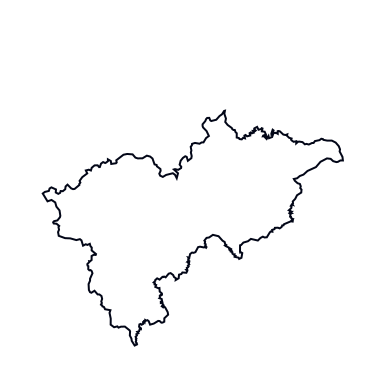 the district of Khao Kho, Phetchabun, Thailand, rotated 53°
{"feature_id": "78962969B71120844941830", "entity_name": "Khao Kho", "entity_type": "district", "adm_level": 2, "iso_a3": "THA", "parent_name": "Thailand", "parent_adm1": "Phetchabun", "projection": "mercator", "projection_center": [101.026, 16.687], "detail": "fine", "context": "isolated", "style": "outline", "palette": "ink", "viewbox_px": 384, "rotation_deg": 53, "n_neighbors": 0, "source": "geoboundaries", "source_scale": "gbopen_adm2", "svg_char_len": 6094}
<svg xmlns="http://www.w3.org/2000/svg" viewBox="0 0 384 384"><g transform="rotate(53 192 192)"><path d="M254.5,50.7L248.5,49.7L247.0,48.1L243.7,47.2L239.0,47.5L235.1,49.4L232.2,53.2L229.4,55.7L228.5,55.6L227.3,56.7L227.3,59.0L225.3,63.2L226.0,65.4L225.1,66.6L224.4,70.1L222.5,71.6L221.8,73.2L218.7,73.7L216.3,76.0L215.7,77.1L215.9,79.5L214.2,78.2L213.1,80.6L211.1,81.3L209.9,81.4L209.2,80.3L207.2,81.8L204.1,82.3L203.3,81.3L202.8,83.0L201.1,84.5L196.5,85.3L195.4,86.1L195.0,86.9L197.1,88.5L195.2,89.3L195.0,90.1L193.3,91.4L192.7,91.3L191.9,89.8L190.8,90.1L193.1,93.5L194.0,94.0L194.2,92.7L194.7,92.5L196.3,94.9L195.4,98.1L193.3,97.2L194.6,100.5L193.8,100.6L193.2,99.4L192.4,99.5L191.9,98.3L192.1,100.8L190.9,100.9L190.2,101.9L189.8,101.2L190.6,98.4L187.6,97.7L185.6,99.7L183.7,97.5L183.0,97.9L183.3,98.9L182.3,101.4L179.2,100.8L178.7,103.9L179.1,104.5L181.2,104.1L181.3,104.9L179.9,106.6L181.8,106.9L181.1,109.1L179.8,109.1L179.7,110.6L181.9,111.5L180.7,114.5L178.7,114.9L178.5,116.2L181.0,117.4L179.5,118.5L179.9,120.6L178.3,122.2L177.1,122.1L175.4,123.5L172.0,120.9L170.4,121.2L168.2,120.5L167.5,121.5L166.1,122.0L164.8,121.7L159.9,123.2L156.1,123.3L153.8,120.7L149.0,119.1L146.9,116.8L146.6,117.6L148.0,121.3L147.9,124.3L148.9,129.1L146.9,133.9L145.7,134.3L143.2,133.6L142.0,135.3L142.2,136.7L143.4,138.8L144.3,142.8L145.6,143.8L147.1,144.3L152.1,143.7L157.4,144.8L157.4,148.3L159.3,153.0L158.2,154.5L158.0,156.9L154.6,160.1L153.6,163.0L154.7,164.1L155.1,165.8L158.6,167.6L159.7,169.1L163.1,170.6L164.6,172.2L164.6,176.5L160.7,175.1L159.4,175.9L159.3,178.7L160.2,182.2L162.7,185.4L165.4,185.4L166.3,186.3L166.0,189.7L163.5,191.8L163.1,192.9L168.6,191.9L171.8,195.9L168.0,195.2L165.5,196.0L162.8,202.4L162.4,206.2L159.8,207.6L157.7,207.1L156.2,204.3L154.6,203.4L150.4,204.6L149.1,204.0L147.4,205.3L141.5,203.4L138.5,204.1L135.8,206.2L135.3,211.3L132.5,215.1L130.5,216.5L126.2,216.8L122.6,220.9L121.0,224.3L121.1,233.4L123.1,234.4L123.3,235.4L121.0,239.6L118.4,238.2L115.3,239.5L116.8,240.6L116.8,243.0L116.6,243.9L114.6,245.0L114.6,247.6L116.6,250.6L116.2,251.2L113.9,251.3L112.1,253.8L112.3,257.5L114.0,259.8L112.1,261.0L110.9,263.8L114.1,264.5L114.1,270.7L115.5,275.1L117.3,275.5L117.8,277.3L118.6,277.7L118.9,283.9L118.1,285.3L116.4,286.3L111.2,287.0L111.5,289.6L113.5,291.6L113.6,294.7L112.2,296.3L113.3,297.8L113.0,299.9L110.4,301.1L108.1,299.1L103.7,301.5L103.5,303.6L105.0,305.7L103.4,309.4L103.4,312.1L112.5,313.0L113.8,309.0L118.0,307.5L122.1,309.1L127.0,308.9L131.8,311.5L132.7,312.7L133.7,316.6L132.3,319.7L132.6,321.1L133.9,321.4L135.8,319.3L139.2,318.5L139.6,319.7L142.1,320.9L143.4,323.1L146.8,324.8L152.5,321.1L155.8,317.1L160.8,313.3L162.2,309.9L164.1,309.4L169.3,311.3L169.8,308.3L171.3,307.4L171.9,304.8L174.2,305.7L176.0,305.5L178.3,307.3L183.8,306.0L184.3,306.8L183.0,308.3L182.7,310.7L185.9,313.1L186.0,315.2L185.4,315.8L186.1,316.1L186.6,319.0L187.9,319.7L188.8,319.4L191.2,321.3L192.8,321.1L193.3,320.0L194.8,319.7L197.0,320.4L199.9,325.6L201.5,326.8L203.3,330.0L208.2,333.3L210.6,333.7L211.9,333.0L212.2,329.3L217.0,329.0L218.1,327.6L220.6,326.9L223.3,328.1L224.8,330.3L226.4,330.8L227.2,332.5L228.6,332.0L229.4,332.4L231.0,331.5L233.3,332.0L237.3,328.3L238.9,330.6L244.2,333.1L249.0,336.8L253.1,335.6L254.4,332.5L256.1,332.3L256.8,329.8L259.1,326.6L264.9,325.1L266.0,325.3L269.2,328.0L272.6,328.6L274.6,329.7L280.1,330.2L280.6,327.8L279.6,327.7L279.5,327.1L277.8,327.1L276.8,325.7L275.7,325.4L275.6,324.6L273.7,324.2L273.4,322.3L272.1,322.0L272.5,319.9L270.7,319.9L271.4,318.1L270.0,316.3L270.9,315.4L270.2,314.8L267.8,315.4L266.1,313.7L266.5,312.3L267.7,312.1L268.0,310.3L266.4,309.4L266.4,308.8L267.4,308.5L266.4,307.9L267.0,307.4L266.0,306.4L267.2,305.9L267.6,304.7L269.1,304.3L272.7,305.3L274.1,301.7L274.6,296.6L275.6,295.5L277.9,295.1L278.6,294.1L278.9,292.2L276.2,290.1L275.6,284.9L273.3,283.7L268.1,282.9L267.1,283.1L266.9,284.4L266.1,284.6L266.2,283.2L265.3,282.9L264.8,284.1L264.3,283.0L262.7,282.2L261.9,283.7L260.8,282.9L261.1,281.5L259.2,280.6L257.2,281.9L257.1,281.2L255.4,280.1L255.3,278.8L256.0,278.6L256.0,277.8L254.9,277.1L252.1,277.7L249.1,275.8L248.7,276.7L245.7,278.4L244.7,276.6L243.3,277.5L242.6,276.5L241.2,277.1L240.8,274.7L240.2,274.3L240.0,271.8L242.5,270.6L242.0,266.6L242.7,266.0L242.7,265.2L244.3,264.4L243.2,259.8L243.9,257.9L247.0,257.0L249.0,257.5L251.3,256.8L252.5,258.0L252.9,254.6L250.2,252.1L251.1,249.9L250.5,248.1L253.1,245.1L252.2,243.3L250.7,243.4L251.2,242.5L249.4,241.7L249.7,240.4L249.4,239.5L248.3,239.5L248.2,237.8L246.6,237.7L246.8,237.0L245.9,236.0L244.9,237.4L244.5,235.7L243.4,235.5L243.4,234.5L242.0,234.4L242.8,233.7L240.4,230.8L240.4,228.4L241.5,227.4L242.1,225.5L239.7,220.3L240.5,218.5L243.3,216.0L244.1,214.5L245.0,214.3L244.7,213.6L243.0,213.9L242.9,213.2L241.9,212.5L240.9,212.9L239.5,211.4L238.3,211.4L237.4,208.0L238.6,205.7L238.8,201.1L243.3,197.4L249.3,196.9L251.6,196.0L253.6,196.9L254.6,196.6L254.6,197.4L255.2,196.9L255.5,197.6L258.4,196.1L259.9,196.6L259.7,195.7L261.1,195.1L261.7,196.3L262.5,195.6L263.5,195.9L263.4,196.6L264.5,196.0L265.5,196.8L267.0,196.4L267.4,195.5L268.7,196.5L269.2,195.9L269.6,196.8L272.5,194.3L273.8,194.6L274.3,192.1L271.0,188.6L269.3,189.3L269.3,189.9L268.7,189.7L263.5,185.7L263.9,184.7L263.3,181.4L265.0,176.9L264.9,173.2L270.4,168.6L269.9,165.0L270.3,162.3L272.0,161.4L273.2,159.5L271.1,154.2L270.9,152.9L272.1,151.7L270.5,150.8L271.3,148.5L270.5,147.4L272.2,144.9L273.8,143.9L273.9,141.6L273.0,140.0L273.7,139.0L273.1,137.9L274.9,130.7L276.2,129.4L275.0,128.2L274.6,128.8L275.2,129.6L274.7,130.1L274.3,127.6L272.7,128.5L271.4,127.9L270.7,128.5L269.1,126.7L268.2,126.9L268.9,125.2L267.8,125.6L267.7,124.6L266.8,125.8L266.2,124.8L264.9,125.6L264.6,122.4L263.2,121.0L262.6,121.4L262.0,119.7L262.8,119.2L261.9,119.1L261.8,118.1L260.2,117.2L259.6,113.7L257.8,110.1L258.2,105.1L256.0,103.1L254.0,103.2L252.9,101.7L250.5,101.0L248.5,102.4L244.9,103.1L242.9,102.8L244.3,99.8L244.1,96.3L245.2,92.5L244.7,87.1L246.7,78.0L245.2,71.2L246.4,64.0L249.0,61.3L252.3,60.7L255.0,58.7L255.7,57.4L256.1,54.5L257.6,52.5L254.5,50.7Z" fill="none" stroke="#020617" stroke-width="2"/></g></svg>